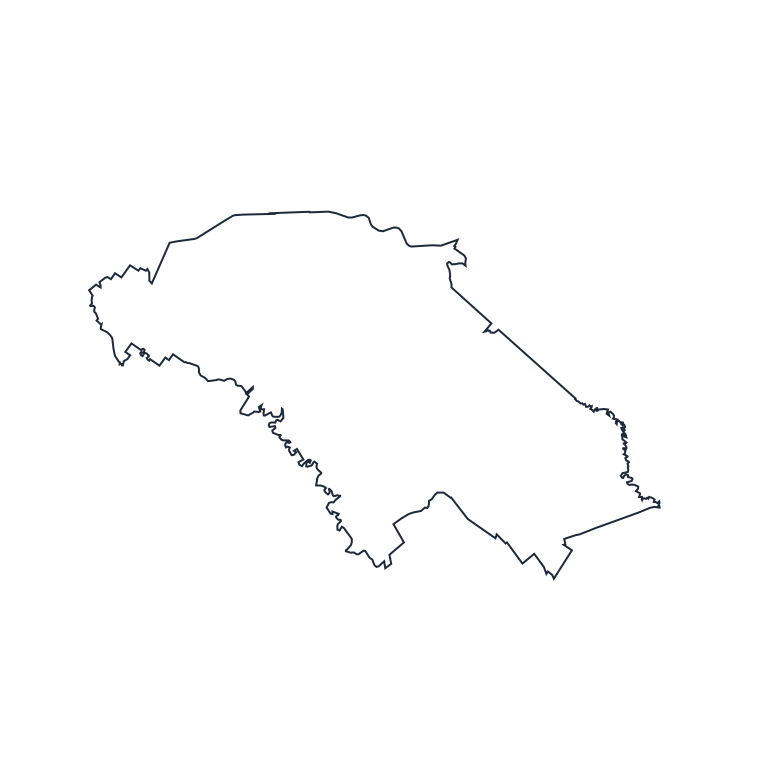 outline of Chinameca, Veracruz, Mexico, rotated 213°
{"feature_id": "50627088B80676997329582", "entity_name": "Chinameca", "entity_type": "district", "adm_level": 2, "iso_a3": "MEX", "parent_name": "Mexico", "parent_adm1": "Veracruz", "projection": "mercator", "projection_center": [-94.703, 18.06], "detail": "fine", "context": "isolated", "style": "outline", "palette": "slate", "viewbox_px": 768, "rotation_deg": 213, "n_neighbors": 0, "source": "geoboundaries", "source_scale": "gbopen_adm2", "svg_char_len": 6154}
<svg xmlns="http://www.w3.org/2000/svg" viewBox="0 0 768 768"><g transform="rotate(213 384 384)"><path d="M666.2,286.7L664.0,286.3L659.3,282.9L659.6,280.7L653.5,279.7L653.4,280.1L652.1,276.8L651.2,275.8L644.8,276.6L640.7,276.0L637.7,274.8L636.5,274.0L630.2,266.4L625.9,262.0L624.5,260.9L618.7,258.3L617.4,258.4L616.4,256.5L615.6,257.7L615.0,257.8L613.8,256.9L613.1,257.4L614.7,261.4L612.8,265.1L612.5,269.8L618.4,270.0L617.9,280.5L605.8,280.1L605.8,281.7L604.9,282.5L603.4,282.3L602.8,280.1L604.5,277.9L605.1,278.1L605.2,277.4L604.9,276.7L602.9,275.7L601.7,275.9L601.8,279.2L601.1,280.0L599.7,280.3L596.6,279.7L596.3,279.1L597.1,276.6L595.6,275.8L593.7,275.7L593.7,277.4L582.3,277.1L581.8,287.1L577.4,286.9L577.1,294.0L563.3,293.5L562.1,294.5L560.7,294.4L558.6,295.5L550.9,297.4L549.4,297.4L547.7,296.2L545.5,293.0L542.4,291.3L537.4,291.7L533.1,290.6L526.6,296.1L525.9,297.3L523.7,298.5L519.8,299.6L518.4,302.5L516.9,304.0L515.7,304.9L513.6,305.5L512.0,305.8L510.3,305.3L507.7,302.8L506.0,302.8L502.5,304.6L495.9,302.2L494.7,301.1L492.4,310.0L491.3,308.4L493.3,300.7L490.3,299.9L490.1,283.7L488.4,281.3L480.8,283.7L478.0,289.1L477.9,290.2L473.7,292.4L472.8,293.5L476.4,296.5L475.1,299.7L474.6,297.4L473.5,296.1L472.8,296.1L470.8,297.5L468.8,293.3L467.7,292.2L466.9,292.4L463.4,298.6L460.5,296.6L459.1,296.3L455.1,298.6L454.1,299.6L453.8,300.9L454.1,304.2L456.2,307.7L455.2,307.6L449.9,300.8L450.4,296.3L453.8,295.9L454.6,294.9L454.1,292.4L457.3,290.7L458.7,288.8L458.6,287.9L458.3,286.8L456.6,285.6L452.6,289.3L451.1,288.0L452.4,284.2L450.5,282.6L444.8,283.7L443.1,284.8L442.7,284.7L442.8,282.4L440.5,281.5L438.2,281.6L433.4,284.7L431.2,284.5L430.8,284.2L431.4,282.9L434.0,282.3L434.1,280.2L433.7,278.9L431.7,277.4L430.7,279.0L428.4,279.4L428.0,277.5L427.0,276.2L422.7,274.0L421.0,275.5L420.4,279.0L423.1,278.9L421.7,282.1L410.5,276.8L413.1,271.8L411.1,270.2L408.0,270.4L407.9,273.6L406.5,278.7L405.2,280.0L403.9,280.1L403.2,277.6L405.2,277.9L406.3,276.2L404.4,272.6L403.2,272.9L400.6,275.9L400.2,277.0L400.5,279.9L400.1,281.0L396.7,280.7L396.0,278.5L395.0,277.2L393.0,276.1L388.4,275.5L387.9,274.7L389.0,271.4L388.6,268.6L385.7,262.0L381.3,264.6L377.7,265.4L376.0,265.1L376.3,262.8L375.8,262.0L373.5,261.1L370.8,260.9L370.4,262.8L371.2,264.4L373.5,266.4L369.5,265.5L366.1,262.7L364.8,262.6L362.7,265.1L360.0,266.3L359.7,265.3L361.3,261.5L361.8,257.2L363.9,256.2L365.4,254.2L364.8,249.1L358.3,246.2L356.4,246.9L357.8,249.0L351.2,250.4L351.1,249.0L351.9,247.9L352.0,246.7L351.0,245.8L348.3,245.3L346.4,246.4L345.4,245.4L346.4,241.6L346.0,239.8L343.7,236.5L341.5,236.9L341.6,241.4L339.3,241.4L326.7,236.6L324.7,233.5L324.0,230.8L324.9,225.0L325.4,223.8L324.9,223.0L320.0,224.4L317.7,226.2L313.9,226.4L312.7,227.3L310.4,233.0L308.9,233.8L301.6,230.5L298.1,230.3L293.4,226.9L290.7,226.5L289.1,228.3L287.3,235.4L282.6,230.2L280.0,237.1L286.4,243.7L281.0,262.0L299.7,271.6L296.1,281.0L292.3,288.6L289.5,292.2L283.8,297.7L282.4,302.6L280.2,303.6L280.2,306.3L282.6,310.5L281.2,313.4L281.0,318.7L280.1,322.0L274.9,325.4L265.7,324.9L265.6,325.3L240.2,316.4L206.5,315.3L207.6,319.3L195.1,316.5L194.6,318.1L170.1,308.8L165.5,323.4L150.2,317.6L144.4,313.2L144.5,316.0L138.9,315.5L135.5,313.2L135.8,346.9L145.8,347.0L144.6,348.4L148.5,352.2L141.2,361.3L138.0,364.5L127.5,379.2L100.5,414.8L93.7,424.7L90.3,428.2L85.6,430.4L86.5,431.6L87.5,431.3L88.0,433.9L89.2,435.5L90.0,433.0L92.0,433.0L93.5,432.0L94.2,434.5L96.9,434.6L100.1,433.7L100.0,431.9L100.8,432.4L101.5,431.6L101.6,430.4L103.9,429.7L104.4,428.5L104.2,427.1L104.9,427.5L106.1,429.8L108.5,428.2L109.3,431.3L110.0,431.8L114.4,431.3L113.9,434.6L114.9,436.4L119.0,435.9L121.6,434.5L123.0,433.1L125.4,432.9L126.7,433.9L123.5,437.5L123.8,439.7L125.0,440.1L128.9,438.9L129.8,440.5L131.8,439.9L132.6,437.9L132.2,435.5L133.2,435.0L135.4,436.0L135.4,439.1L131.6,443.0L132.4,445.1L134.1,446.9L134.1,448.0L136.4,449.9L136.0,451.9L136.8,452.2L139.0,451.8L141.1,453.1L141.3,453.7L140.2,455.7L140.7,456.1L144.6,455.7L144.1,456.8L145.3,459.6L148.1,459.9L148.3,460.6L147.1,461.2L145.8,461.0L145.5,461.8L146.2,463.0L148.8,464.4L150.5,464.5L150.4,465.1L148.9,466.3L148.8,467.0L153.9,467.5L157.0,471.2L156.6,472.1L155.6,472.0L154.0,470.8L151.7,471.3L153.8,473.2L157.5,474.3L156.9,476.2L157.4,476.8L158.0,476.8L159.2,475.2L161.0,476.3L160.2,477.5L158.3,479.0L158.4,479.5L160.3,480.5L160.9,480.4L161.3,479.4L162.5,479.6L161.6,480.9L162.9,481.9L163.8,481.3L164.0,480.3L166.6,481.0L167.8,480.1L167.8,478.4L167.1,477.1L168.3,477.5L168.9,478.4L168.9,481.3L173.1,479.7L173.0,481.1L173.7,482.6L175.7,483.6L179.1,484.1L180.3,482.1L177.9,480.1L181.1,480.3L182.2,484.6L186.0,482.8L190.1,479.4L190.2,478.8L192.3,479.9L192.7,479.2L190.6,478.0L190.8,477.4L191.5,477.2L192.8,477.8L193.3,477.5L193.5,476.2L193.1,475.0L195.9,475.7L197.4,475.5L197.3,477.7L197.7,478.5L198.2,477.6L200.0,478.0L200.4,476.2L202.0,474.9L204.5,476.8L205.5,475.3L207.1,475.8L208.5,474.8L211.6,475.2L212.9,474.8L215.7,475.4L215.8,475.9L214.5,476.0L318.3,492.0L317.6,491.6L319.5,486.9L322.6,485.2L323.4,485.9L324.4,485.6L324.6,486.2L326.7,485.5L326.8,484.0L328.2,482.6L326.9,493.3L380.0,501.7L381.8,504.6L386.3,508.2L387.4,510.8L391.3,515.4L395.0,517.6L396.7,519.5L396.1,521.7L394.4,521.9L392.3,521.3L389.4,523.4L386.9,525.9L383.8,527.9L380.0,527.6L381.8,529.8L383.6,533.8L386.5,535.5L398.7,536.0L398.7,537.9L400.3,538.0L400.0,540.3L400.8,545.0L411.6,531.0L419.0,526.7L436.0,514.1L438.1,513.6L441.4,514.1L452.5,521.6L456.2,522.6L458.7,522.0L461.4,520.2L468.1,511.5L471.9,509.8L479.5,509.7L482.0,510.8L487.2,515.0L490.5,515.4L493.0,514.7L495.6,512.7L501.6,506.1L504.6,504.2L517.9,500.9L524.8,498.1L539.6,487.6L540.1,487.9L540.8,487.5L555.9,476.9L571.3,466.0L569.9,466.1L594.6,449.2L601.2,444.2L602.3,442.9L606.0,435.4L620.3,404.6L621.8,402.6L636.0,390.3L640.7,385.7L633.5,341.9L637.1,342.9L641.6,349.7L645.1,351.5L645.4,349.3L651.4,348.4L651.6,345.3L661.6,345.2L662.3,330.4L669.9,330.4L670.1,323.2L674.1,323.1L675.7,321.3L678.1,314.3L675.5,312.5L674.3,310.6L679.6,310.5L682.4,302.0L676.4,299.4L676.3,297.8L674.7,294.8L672.7,292.4L673.2,289.7L672.5,289.5L670.3,291.3L668.9,291.1L668.0,290.5L667.7,288.9L666.2,286.7Z" fill="none" stroke="#1e293b" stroke-width="2"/></g></svg>